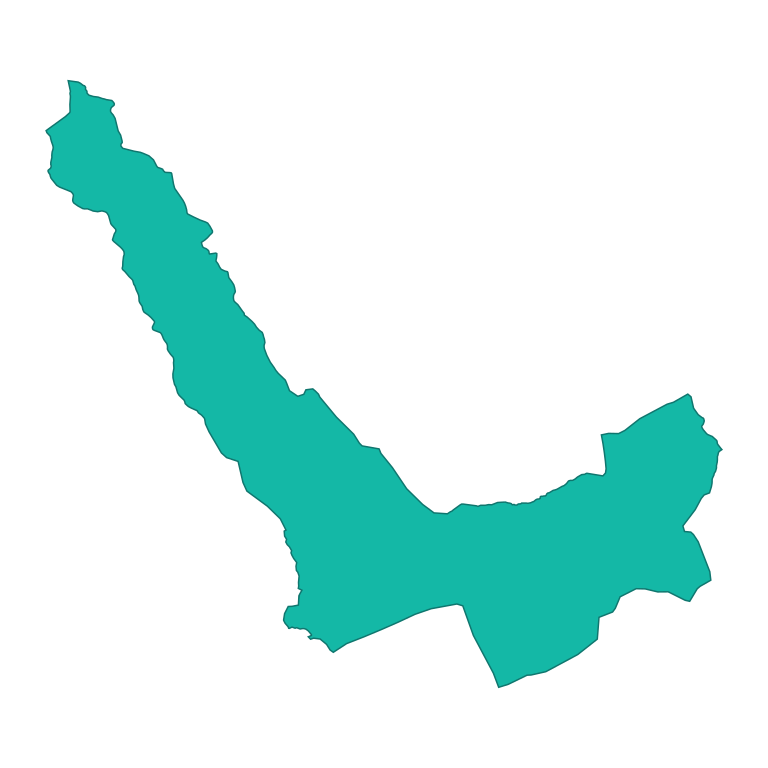 Pietrosita, Dâmbovita, Romania
{"feature_id": "2599482B72915231289183", "entity_name": "Pietrosita", "entity_type": "district", "adm_level": 2, "iso_a3": "ROU", "parent_name": "Romania", "parent_adm1": "Dâmbovita", "projection": "albers", "projection_center": [25.417, 45.214], "detail": "fine", "context": "isolated", "style": "filled", "palette": "teal", "viewbox_px": 768, "rotation_deg": 0, "n_neighbors": 0, "source": "geoboundaries", "source_scale": "gbopen_adm2", "svg_char_len": 6043}
<svg xmlns="http://www.w3.org/2000/svg" viewBox="0 0 768 768"><path d="M709.5,492.9L711.4,486.7L712.0,483.4L712.1,481.7L712.1,479.8L712.4,478.3L713.9,475.1L714.2,473.4L715.5,471.4L716.4,468.3L716.5,467.2L716.4,465.9L717.2,462.1L717.4,460.1L717.4,456.5L717.9,455.2L718.4,452.8L719.1,451.5L721.9,449.6L720.7,448.2L717.7,444.3L717.3,443.3L717.0,441.1L716.5,440.3L712.3,436.5L707.8,434.6L706.6,433.7L703.2,429.7L701.9,427.4L701.7,426.6L701.8,426.1L703.3,424.0L704.1,421.6L704.2,420.6L703.7,418.7L703.1,418.0L702.2,417.7L698.2,414.7L693.6,408.2L691.0,396.8L687.8,394.1L673.4,402.3L667.1,404.2L639.8,418.7L624.9,430.4L618.6,433.6L608.6,433.4L601.4,434.9L603.0,443.6L604.3,452.3L605.4,461.1L606.1,468.8L605.5,473.0L602.9,475.9L587.0,473.3L586.3,473.4L584.7,474.3L581.7,474.6L577.7,476.9L576.5,477.8L575.6,478.7L573.4,480.0L572.4,480.4L570.3,480.4L568.5,481.0L566.5,483.6L564.1,485.6L562.0,486.4L557.1,489.2L555.2,489.9L553.1,490.4L549.3,492.7L547.6,493.1L546.7,494.0L546.2,495.2L545.5,495.9L543.7,496.0L542.6,496.3L541.2,496.3L540.6,496.5L540.2,497.1L540.2,498.3L540.0,498.5L538.9,499.0L537.2,499.1L535.8,499.8L533.8,501.5L532.3,502.0L530.6,502.8L528.0,503.3L526.3,503.1L521.6,503.1L520.8,503.8L518.2,504.0L517.4,504.8L516.2,505.1L514.6,504.9L514.2,504.5L513.7,504.5L512.7,504.8L512.2,504.7L511.4,503.8L510.9,503.5L509.5,503.1L507.9,502.9L505.4,502.1L502.5,502.2L497.6,502.5L491.6,504.8L488.7,504.6L485.2,505.3L480.6,505.3L478.0,506.4L476.3,505.8L463.4,504.1L461.6,504.1L460.3,504.8L453.3,509.9L451.8,511.2L450.3,511.8L447.4,513.8L434.0,512.9L422.7,504.5L406.7,488.8L392.4,467.6L380.9,453.4L379.1,448.9L362.1,445.9L359.4,443.2L353.7,434.2L336.4,417.1L319.8,397.1L318.5,394.2L315.3,391.0L312.8,388.9L305.9,389.8L303.8,394.3L297.8,396.3L289.5,390.7L286.6,383.1L285.3,380.1L278.3,373.4L275.9,370.5L274.0,367.4L270.3,362.2L266.8,355.3L264.4,348.8L264.1,347.1L264.1,345.3L264.9,342.5L264.4,339.2L263.6,336.8L263.1,334.6L262.2,332.4L259.2,330.2L256.4,327.1L254.6,324.2L252.1,321.5L247.1,317.0L244.4,315.2L244.1,313.2L242.5,311.2L237.9,304.7L235.0,302.1L233.8,300.6L233.4,297.9L233.5,295.7L234.0,294.1L235.0,292.5L235.3,291.3L234.6,287.6L233.8,284.9L232.1,282.1L228.8,277.6L227.9,272.5L227.4,271.7L224.8,271.0L221.2,269.3L219.7,267.2L218.1,264.0L216.0,261.1L216.1,259.7L216.5,258.1L216.8,255.4L216.8,253.6L215.8,253.1L209.6,254.0L209.3,253.8L208.8,251.1L207.9,250.0L206.0,248.6L204.1,247.9L202.8,247.0L202.0,244.9L201.4,242.4L205.0,239.9L207.4,237.8L210.1,234.8L211.8,233.3L212.5,232.1L212.4,230.8L209.9,226.2L207.7,223.1L205.5,222.0L200.0,220.0L193.6,217.0L187.7,214.0L187.0,212.8L186.6,209.7L185.6,206.1L184.4,203.0L182.9,200.2L174.7,188.4L173.5,184.0L171.7,173.6L171.3,172.9L170.2,172.6L166.0,172.4L164.9,172.2L163.5,170.8L162.6,169.2L161.0,168.5L157.7,167.4L156.8,166.3L153.5,159.9L148.9,155.8L143.3,153.4L140.3,152.3L134.1,151.2L122.7,148.3L120.9,145.9L121.0,144.1L122.2,142.6L122.1,141.0L120.6,135.1L118.2,131.0L115.1,118.4L113.2,115.0L111.2,112.7L110.6,111.6L110.5,109.9L111.0,108.2L111.6,107.3L114.0,105.3L114.3,104.3L114.3,103.8L113.8,102.7L112.6,101.3L111.8,100.5L106.2,99.6L104.5,99.0L102.5,98.6L98.2,97.1L93.4,96.5L89.0,95.2L87.2,93.4L87.0,92.8L87.0,91.7L86.7,90.8L85.5,89.4L85.6,87.3L84.9,86.2L84.5,85.8L83.0,85.3L80.5,83.3L78.2,82.1L68.2,80.7L70.4,91.1L70.4,91.7L70.0,93.1L70.0,93.9L70.4,95.8L70.4,97.4L69.9,104.5L70.1,111.3L69.8,112.6L65.4,116.6L46.1,130.6L46.9,132.7L50.3,136.4L50.6,138.3L51.4,141.3L52.8,145.4L53.2,147.2L53.0,149.2L52.2,151.8L52.0,153.2L51.8,155.5L51.9,157.4L50.8,162.4L50.8,164.6L51.2,165.8L51.1,166.7L50.6,168.2L48.2,170.2L48.0,171.0L48.6,172.6L49.9,174.4L50.4,176.5L51.1,178.3L56.7,185.3L59.6,187.1L71.0,191.7L72.5,193.3L73.3,194.7L73.4,195.7L72.8,199.2L72.7,200.6L73.1,201.9L74.0,203.2L78.0,206.0L82.8,208.6L84.7,208.9L87.4,208.8L91.2,210.2L93.0,211.0L97.7,211.7L102.0,210.9L105.2,211.8L106.6,212.6L107.7,214.1L108.6,215.7L110.8,223.6L111.4,224.6L115.7,229.3L115.9,230.5L115.6,231.8L114.3,233.9L112.5,239.8L112.7,240.3L114.0,241.7L120.5,247.2L122.4,249.2L123.8,251.2L124.1,252.6L124.2,254.5L123.5,256.6L122.9,261.5L122.7,266.3L122.2,268.1L122.3,268.8L122.8,269.7L124.9,271.6L129.1,276.6L131.8,279.2L132.7,280.3L133.8,284.3L135.0,286.1L136.2,289.8L137.9,293.4L138.6,295.3L138.9,297.0L139.1,301.0L139.7,302.6L142.2,306.4L142.7,309.2L143.4,311.0L144.1,312.2L148.3,315.1L151.0,317.5L154.3,321.2L154.5,321.9L154.4,322.8L152.5,326.8L152.4,327.5L152.6,328.8L153.0,329.6L154.2,330.3L160.3,332.6L161.2,333.6L162.1,335.3L163.4,338.6L164.4,340.4L166.6,343.3L167.3,344.9L167.5,347.1L167.4,349.1L168.2,350.9L170.5,354.2L173.2,357.3L173.6,358.7L173.8,360.7L173.5,362.7L173.9,368.2L172.9,373.9L173.0,377.8L174.5,384.4L175.9,386.8L177.6,392.8L179.1,395.3L184.1,400.2L184.8,401.8L185.2,403.6L187.4,405.7L188.5,406.6L191.3,408.1L197.1,410.7L198.5,412.9L201.6,415.1L204.2,418.0L204.7,419.1L205.5,424.0L209.1,431.9L221.4,452.9L226.6,457.6L238.1,461.4L243.0,482.5L246.9,491.1L267.4,506.2L280.3,518.8L286.0,530.1L284.2,531.1L284.6,536.1L286.6,539.3L285.8,542.0L287.2,544.6L289.4,546.8L291.6,550.6L291.0,552.9L292.0,555.4L293.7,558.5L296.7,562.5L296.0,566.3L296.4,570.5L297.8,572.2L299.1,576.0L298.5,582.5L298.7,586.1L298.3,588.4L301.9,590.2L299.4,594.7L298.9,598.0L298.8,597.8L298.4,605.1L292.2,606.3L288.2,606.5L284.6,613.6L283.6,620.0L283.7,620.5L285.2,623.4L288.1,626.7L288.7,628.3L289.3,628.4L292.0,627.1L295.1,628.2L296.7,627.7L300.1,629.0L302.3,628.6L304.1,628.6L306.0,629.2L308.3,630.9L311.4,634.6L311.4,635.5L308.3,636.8L310.6,639.2L313.6,638.2L320.1,639.0L326.6,644.4L330.1,650.0L333.3,652.3L346.6,643.6L364.0,636.8L381.2,629.6L398.1,622.2L415.0,614.3L431.2,608.7L456.9,604.0L462.8,605.8L473.4,635.5L493.4,673.2L498.7,687.3L508.3,684.3L527.0,675.2L531.1,675.0L545.8,671.7L577.8,654.5L597.3,639.1L599.0,617.3L612.6,612.0L615.3,608.3L620.1,596.8L636.1,588.7L645.2,588.9L657.7,591.9L668.2,591.8L685.2,600.3L689.7,601.3L697.2,588.8L700.1,586.3L710.8,580.2L709.8,571.7L698.2,541.8L693.5,534.6L690.8,532.1L684.5,531.5L682.9,525.9L695.2,509.7L701.3,498.4L704.2,494.9L709.5,492.9Z" fill="#14b8a6" stroke="#0f766e" stroke-width="1.5"/></svg>